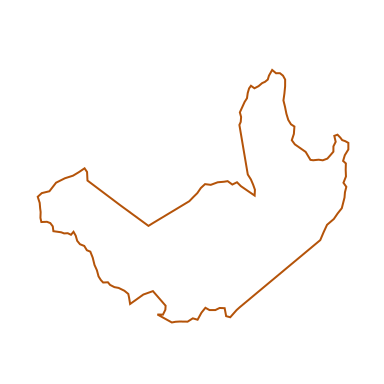 Itauçu, Goiás, Brazil, rotated 188°
{"feature_id": "56859067B31069822837924", "entity_name": "Itauçu", "entity_type": "district", "adm_level": 2, "iso_a3": "BRA", "parent_name": "Brazil", "parent_adm1": "Goiás", "projection": "equal_earth", "projection_center": [-49.6, -16.218], "detail": "fine", "context": "isolated", "style": "outline", "palette": "amber", "viewbox_px": 384, "rotation_deg": 188, "n_neighbors": 0, "source": "geoboundaries", "source_scale": "gbopen_adm2", "svg_char_len": 1944}
<svg xmlns="http://www.w3.org/2000/svg" viewBox="0 0 384 384"><g transform="rotate(188 192 192)"><path d="M129.6,324.0L132.0,317.9L132.6,313.9L135.1,311.2L137.7,309.6L140.8,306.1L144.6,303.4L148.4,305.4L149.9,302.5L150.6,297.8L150.6,292.5L152.4,288.6L155.7,277.5L153.8,273.1L153.5,268.2L154.4,265.0L139.2,217.1L135.4,212.6L132.5,207.8L130.0,203.0L129.5,197.2L136.0,200.4L144.4,204.6L148.8,207.9L153.1,205.0L158.2,207.7L161.8,206.6L167.9,205.2L174.4,201.7L180.2,201.6L183.8,197.2L186.6,191.6L190.2,186.9L193.4,182.5L226.7,155.5L230.4,152.4L261.2,168.9L297.1,188.8L298.7,197.2L301.7,200.5L306.8,195.9L312.1,191.6L319.8,187.9L327.9,182.3L333.3,172.9L340.6,170.0L344.1,165.8L341.3,160.0L340.1,154.7L339.1,151.1L338.5,145.3L337.0,141.3L331.5,142.3L328.0,141.5L325.1,138.6L323.8,133.9L319.1,133.9L315.9,133.9L312.9,133.2L309.3,133.9L305.9,132.8L303.8,136.1L301.1,132.6L298.9,127.7L295.7,124.7L291.2,123.6L288.0,119.7L284.4,118.8L281.2,113.2L278.4,106.2L275.3,101.3L272.8,95.4L270.0,92.1L267.4,90.0L262.7,90.9L260.2,88.6L255.6,87.0L251.3,86.8L245.2,84.8L240.9,82.2L239.6,78.6L237.7,72.5L225.9,83.7L222.8,85.3L216.9,88.4L202.3,75.7L202.0,71.7L203.7,66.5L209.2,65.9L193.8,60.0L190.2,61.2L186.3,62.0L178.3,63.0L173.6,67.0L168.7,66.3L165.8,73.9L162.6,79.2L158.2,77.5L152.5,78.3L148.5,81.0L143.5,81.5L140.9,73.8L136.7,73.3L131.4,81.3L128.8,84.4L87.4,130.1L58.3,162.2L56.1,170.4L53.7,178.3L47.8,185.0L44.8,191.0L41.4,196.8L40.2,207.7L40.5,213.0L39.9,218.6L43.3,222.2L41.7,228.8L42.9,235.4L43.6,241.7L46.7,243.8L45.8,249.7L43.1,255.9L44.0,262.4L47.4,263.7L50.5,264.3L52.7,266.5L55.9,269.0L58.9,267.4L56.7,261.7L58.3,256.9L57.6,251.6L60.4,247.2L62.6,243.9L66.9,241.6L71.1,241.6L76.4,240.3L79.2,240.3L85.0,247.5L96.8,253.5L100.4,257.2L99.2,263.7L99.7,271.1L103.4,272.8L106.7,276.8L109.4,282.6L111.8,289.4L114.2,295.4L114.2,302.5L114.5,309.6L115.4,316.3L118.1,319.9L121.5,321.9L125.3,321.3L129.6,324.0Z" fill="none" stroke="#b45309" stroke-width="2"/></g></svg>